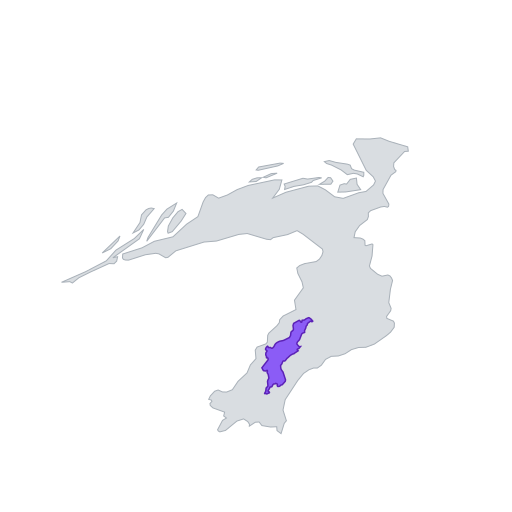 location of Požeško-Slavonska within Croatia, rotated 120°
{"feature_id": "HRV-1604", "entity_name": "Požeško-Slavonska", "entity_type": "County", "adm_level": 1, "iso_a3": "HRV", "parent_name": "Croatia", "parent_adm1": "", "projection": "equal_earth", "projection_center": [17.752, 45.408], "detail": "fine", "context": "in_parent", "style": "filled", "palette": "violet", "viewbox_px": 512, "rotation_deg": 120, "n_neighbors": 0, "source": "natural_earth", "source_scale": "10m", "svg_char_len": 7138}
<svg xmlns="http://www.w3.org/2000/svg" viewBox="0 0 512 512"><g transform="rotate(120 256 256)"><path d="M89.1,176.5L91.2,179.6L106.4,183.2L109.7,181.6L111.8,179.1L111.8,177.6L113.1,177.1L118.5,179.5L134.9,179.2L138.3,177.4L144.6,166.9L146.7,166.0L148.0,166.5L148.9,169.6L151.2,172.5L159.4,179.4L162.5,180.3L165.6,178.4L168.8,177.8L177.8,181.5L185.4,182.2L191.1,180.3L188.3,174.7L187.9,171.8L188.3,169.4L192.2,166.9L192.1,165.8L187.5,161.5L187.7,160.4L198.0,155.5L207.9,152.8L209.5,150.7L211.0,141.6L210.5,136.8L206.5,132.3L206.3,130.0L207.3,127.6L208.9,125.5L217.5,123.0L230.0,117.7L233.8,112.8L236.1,112.0L243.1,112.7L244.6,111.5L243.7,104.4L244.9,102.6L248.6,100.7L254.7,101.4L259.7,103.2L273.0,109.4L280.1,115.2L284.0,121.5L289.3,126.5L296.1,130.0L301.4,134.7L305.3,140.7L310.8,144.1L317.9,144.8L322.4,146.9L324.3,150.2L328.1,153.3L333.9,156.1L343.0,157.6L365.8,158.9L375.9,155.6L383.5,147.3L386.7,147.9L397.3,145.5L396.7,150.5L393.5,152.7L396.8,157.8L399.9,166.1L398.2,170.3L400.3,173.5L406.7,176.7L404.9,177.6L403.5,180.4L403.3,185.3L408.5,190.0L422.3,195.2L426.4,199.4L426.4,201.2L425.7,202.4L415.1,202.8L411.1,200.6L410.7,204.0L406.9,205.1L409.1,217.4L408.3,220.9L406.8,222.1L403.9,221.5L403.1,222.6L403.8,225.3L399.9,225.6L393.8,224.2L391.0,221.8L390.5,217.1L388.5,213.4L383.6,209.6L373.5,208.9L361.7,205.3L353.1,206.4L344.9,204.7L337.9,209.6L334.3,209.5L327.2,203.5L325.0,203.1L318.8,206.2L316.3,206.3L305.9,203.0L302.1,202.5L299.3,203.6L294.4,202.5L282.4,194.6L275.0,200.6L259.9,199.1L255.4,203.2L250.2,211.0L246.0,214.7L242.4,213.4L238.2,210.0L230.7,201.1L227.0,199.5L222.6,199.2L218.8,200.1L216.8,201.9L213.6,226.2L213.5,233.1L221.7,239.4L231.5,250.3L234.6,251.6L236.2,255.2L240.9,274.8L245.9,281.7L262.8,297.7L269.9,308.0L291.6,328.0L301.2,331.6L302.7,333.4L302.7,341.2L303.8,344.2L310.2,352.4L323.3,364.3L324.8,367.1L325.2,369.2L324.4,370.7L320.9,372.4L305.9,358.8L294.1,351.4L280.9,337.5L263.1,332.0L251.0,326.0L235.6,328.8L230.6,328.9L227.0,327.8L224.6,324.0L224.6,317.3L217.5,311.3L207.9,305.5L198.9,298.1L180.8,278.0L177.2,271.6L186.6,269.2L197.5,270.5L185.9,262.0L169.3,245.4L164.4,237.5L164.0,229.1L165.4,217.5L162.5,209.3L149.8,198.6L145.1,193.0L135.7,189.7L131.4,190.0L128.8,194.1L126.7,203.4L110.5,227.8L104.4,227.7L97.8,216.0L91.4,207.2L90.1,198.0L85.6,179.2L89.1,176.5ZM371.2,401.5L371.3,404.4L376.0,411.3L354.9,395.8L335.0,383.2L320.9,380.2L301.7,370.1L289.1,366.5L299.4,365.6L329.1,379.1L325.8,375.5L330.1,374.1L333.7,375.1L336.0,379.5L352.7,391.4L363.4,398.5L371.2,401.5ZM140.6,241.1L140.1,244.0L136.7,240.3L135.0,233.6L130.8,222.9L130.2,219.9L132.6,216.9L132.5,213.9L129.6,204.5L132.2,203.0L133.8,202.8L134.3,209.3L135.7,213.0L139.9,217.6L138.9,225.3L139.5,236.1L140.6,241.1ZM159.8,217.1L152.6,218.7L149.3,215.8L148.4,213.5L142.5,212.7L138.3,208.0L143.4,204.3L146.2,198.5L155.8,210.5L159.8,217.1ZM273.9,346.9L264.6,347.1L256.6,345.7L252.6,343.3L254.2,337.9L263.2,338.3L276.8,340.7L280.2,343.5L279.1,344.8L273.9,346.9ZM297.9,358.0L293.8,358.8L267.6,358.2L260.0,356.6L249.8,351.2L258.4,350.0L266.3,351.2L268.7,354.2L297.9,358.0ZM181.1,265.6L179.6,267.6L165.2,254.2L163.6,249.8L156.5,240.7L155.5,238.2L162.0,244.2L164.5,244.8L170.7,250.6L176.8,258.0L184.1,264.5L181.1,265.6ZM265.9,367.9L276.8,370.0L284.7,369.1L292.0,370.4L297.5,374.0L285.1,373.2L277.6,375.7L271.0,374.3L268.5,372.7L266.8,370.7L265.9,367.9ZM180.7,297.0L181.4,298.9L177.6,298.2L163.5,281.6L162.0,278.4L167.1,282.2L180.7,297.0ZM156.4,227.1L162.2,236.9L156.8,233.9L151.9,232.8L150.9,230.5L152.7,226.8L156.4,227.1ZM322.3,385.4L330.3,390.7L306.7,383.8L311.9,383.0L322.3,385.4ZM191.4,293.1L195.2,298.8L191.5,297.6L187.7,294.1L185.5,290.3L191.4,293.1ZM183.3,286.4L184.2,289.1L177.0,284.0L173.7,279.1L183.3,286.4Z" fill="#d9dde1" stroke="#a8b0b8" stroke-width="1"/><path d="M338.1,180.0L338.4,180.0L338.8,179.8L340.8,178.4L341.2,178.0L341.6,177.5L342.1,176.6L343.0,174.6L348.5,168.5L349.9,168.0L353.9,168.8L354.3,168.9L354.6,169.1L355.2,169.8L355.6,170.0L356.7,170.3L357.1,170.5L357.7,171.2L357.9,171.6L358.1,172.0L358.0,172.3L357.6,172.8L357.2,173.0L356.4,173.3L356.3,173.5L356.3,173.8L356.4,175.2L356.5,175.3L357.0,175.4L357.2,175.6L357.4,175.8L357.9,176.6L358.2,176.8L358.4,176.9L358.7,177.0L361.2,176.9L361.4,177.0L361.5,177.1L361.7,177.3L362.3,178.1L362.5,178.3L362.8,178.3L363.0,178.3L363.5,178.2L363.8,178.1L366.2,178.2L366.6,178.2L366.9,178.0L367.0,177.8L367.1,177.5L367.1,176.7L367.2,176.4L367.3,176.2L367.5,176.1L367.9,176.1L368.2,176.2L368.8,176.8L369.9,177.5L370.1,177.7L370.1,177.9L370.1,178.4L370.2,178.7L370.4,179.0L370.8,179.5L370.7,179.8L370.1,179.9L368.8,179.9L367.9,180.1L365.3,181.2L365.2,181.2L364.6,181.1L363.2,180.7L362.8,180.7L362.1,181.0L358.9,183.3L358.6,183.4L357.4,183.7L355.9,183.7L355.2,183.9L354.6,184.4L352.6,186.1L352.3,186.5L351.6,187.8L351.3,188.1L351.0,188.2L350.6,188.3L350.4,188.4L350.2,188.5L349.8,188.7L349.7,188.9L349.5,189.0L349.6,189.4L350.1,189.6L350.6,189.9L350.7,190.1L350.9,190.4L351.0,190.7L351.2,191.3L351.4,191.7L351.5,191.9L351.4,192.6L349.9,195.0L340.4,193.7L339.9,193.7L339.5,193.8L339.1,194.0L338.9,194.3L338.6,194.5L338.4,194.9L338.4,195.1L338.5,195.3L338.6,195.5L338.8,195.7L338.9,195.9L338.9,196.0L338.7,196.2L338.2,196.3L337.9,196.5L337.7,196.8L337.6,197.1L337.3,197.5L336.7,198.1L336.1,198.5L334.9,199.0L334.4,199.0L333.0,198.9L332.7,199.0L332.5,199.4L332.5,200.1L332.4,200.3L332.3,200.6L332.2,200.8L332.0,201.1L331.8,201.2L331.5,201.3L331.2,201.4L330.4,201.4L329.4,201.3L328.4,201.0L328.3,200.8L328.4,200.5L329.0,199.5L329.0,199.4L328.9,199.1L328.1,197.9L328.0,197.7L328.1,197.1L328.1,196.9L328.1,196.7L328.1,196.4L327.9,196.1L327.8,195.9L327.6,195.7L327.0,195.5L325.8,195.2L325.0,195.2L323.2,195.3L322.2,195.2L320.6,194.6L319.1,193.7L318.0,192.9L315.9,190.5L314.9,189.6L309.9,186.3L307.7,186.3L304.8,187.5L304.0,187.6L303.3,187.4L302.7,187.0L301.7,186.8L300.9,186.9L300.2,187.3L297.7,189.2L295.5,189.7L290.8,186.9L290.2,186.5L290.0,186.2L290.0,185.9L290.1,185.6L290.4,185.1L290.6,184.7L290.8,184.4L290.8,184.0L290.7,183.6L290.5,183.4L290.3,183.4L290.0,183.4L289.2,183.8L288.5,183.9L287.6,182.5L287.5,182.4L287.1,182.0L285.2,181.2L283.1,179.6L282.9,179.0L283.0,178.3L283.0,178.0L283.0,177.8L283.0,177.6L283.2,176.5L284.0,174.3L284.9,174.6L285.0,174.8L285.1,175.2L285.0,175.5L285.0,175.9L285.2,176.1L285.4,176.3L288.2,177.5L288.7,177.6L289.1,177.6L289.4,177.4L289.8,177.3L290.6,177.2L291.3,177.5L292.0,177.4L293.5,176.9L294.4,176.8L295.7,176.7L296.5,176.6L297.0,176.3L297.3,176.0L297.7,175.7L297.9,175.7L298.2,175.9L298.7,176.4L299.5,177.0L300.1,177.3L300.8,177.4L306.6,176.5L307.5,176.6L309.4,177.1L310.3,177.1L311.0,177.0L311.5,176.8L311.8,176.5L312.0,176.1L312.8,173.9L312.8,173.4L312.8,173.1L312.7,172.9L312.2,172.2L314.6,172.6L315.0,172.9L315.4,173.1L315.5,173.3L315.7,173.5L316.0,173.6L316.4,173.6L316.7,173.3L316.9,173.0L317.0,172.8L316.9,172.3L317.0,172.1L321.2,174.2L321.5,174.2L321.8,174.4L322.4,175.1L322.8,175.4L324.9,176.6L328.2,177.6L328.7,177.8L329.2,178.0L331.8,178.3L332.3,178.5L332.7,178.8L332.9,179.2L333.0,179.5L333.2,179.8L333.5,180.0L334.0,180.0L334.6,180.0L336.5,179.7L337.5,179.8L337.9,179.9L338.1,180.0Z" fill="#8b5cf6" stroke="#5b21b6" stroke-width="1.5"/></g></svg>